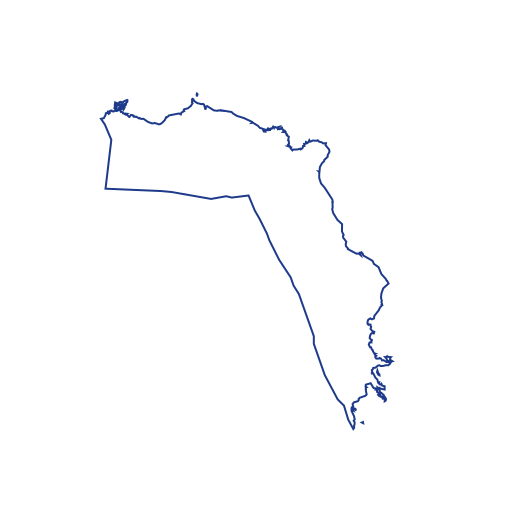 outline of Oriental Mindoro, Mindoro Oriental, Philippines, rotated 336°
{"feature_id": "2640588B63893974857560", "entity_name": "Oriental Mindoro", "entity_type": "district", "adm_level": 2, "iso_a3": "PHL", "parent_name": "Philippines", "parent_adm1": "Mindoro Oriental", "projection": "albers", "projection_center": [121.29, 12.869], "detail": "fine", "context": "isolated", "style": "outline", "palette": "blue", "viewbox_px": 512, "rotation_deg": 336, "n_neighbors": 0, "source": "geoboundaries", "source_scale": "gbopen_adm2", "svg_char_len": 6023}
<svg xmlns="http://www.w3.org/2000/svg" viewBox="0 0 512 512"><g transform="rotate(336 256 256)"><path d="M274.5,453.6L275.8,452.9L276.5,451.0L277.8,449.6L278.5,447.7L278.2,446.3L279.8,445.3L280.4,442.2L280.3,436.4L281.0,434.8L281.5,435.2L281.4,435.8L281.9,436.8L282.0,436.9L281.6,433.7L281.9,433.3L283.1,434.3L282.9,433.5L283.5,433.3L284.0,430.6L285.9,429.5L290.1,430.1L291.4,429.2L291.6,428.3L293.2,427.7L299.0,428.2L300.7,427.6L301.8,423.1L302.6,422.0L303.3,422.0L302.4,421.7L303.0,420.3L303.5,420.5L303.1,419.6L304.0,418.2L309.0,418.9L309.7,424.4L311.4,425.6L310.9,426.6L313.0,426.9L313.5,425.3L314.2,426.4L314.9,426.6L314.2,427.5L314.6,427.9L314.4,428.1L313.7,427.3L312.1,427.8L311.5,428.7L311.3,429.4L312.3,430.5L312.1,431.3L313.3,431.6L313.9,430.9L314.5,428.2L315.3,427.4L319.2,430.3L320.5,427.3L318.5,425.7L318.6,423.7L317.4,424.1L316.7,423.5L316.5,422.4L317.1,421.6L316.2,421.6L316.0,421.4L316.6,418.2L315.6,415.7L315.4,410.9L314.4,410.6L314.7,410.2L314.3,409.8L315.1,408.9L315.4,407.3L316.8,406.9L317.6,405.9L319.7,406.6L322.8,405.7L324.4,406.1L325.1,407.2L327.5,408.2L330.0,408.5L332.3,409.6L334.3,409.1L335.5,408.3L333.4,406.5L332.2,406.1L330.2,403.1L328.7,402.7L328.5,400.7L327.4,399.4L326.5,399.7L324.2,398.7L323.8,397.3L324.1,396.4L325.3,396.1L324.5,394.7L324.4,393.1L324.8,393.2L324.4,392.8L324.1,390.6L324.4,389.7L323.8,388.6L324.0,386.3L323.1,385.8L323.0,382.8L324.6,381.2L326.3,381.9L326.7,380.6L327.5,380.3L327.7,379.8L327.1,379.3L326.4,377.3L327.8,375.2L329.3,373.9L330.6,373.6L332.1,374.7L333.2,373.4L331.7,371.8L331.0,369.1L332.4,367.6L332.2,366.5L332.7,365.3L331.5,364.4L330.1,364.9L330.6,364.5L330.3,363.6L330.9,361.9L332.2,360.2L333.2,359.7L335.0,359.7L334.9,360.5L335.2,359.9L336.1,361.0L338.4,361.0L339.8,358.8L345.9,355.6L348.6,353.3L351.3,352.3L350.9,351.5L351.6,351.1L351.8,349.1L352.7,348.2L353.2,345.0L355.2,341.4L357.9,338.5L358.6,338.5L358.1,338.4L359.0,337.3L365.9,335.1L365.7,332.0L365.3,331.7L365.2,329.6L363.2,323.5L363.4,316.0L360.5,311.2L360.5,307.8L354.2,299.2L354.4,297.2L353.8,295.4L353.3,294.9L353.6,295.3L353.5,295.5L352.3,295.2L352.0,298.0L350.9,295.6L348.7,294.7L342.9,287.3L343.2,287.1L342.2,283.6L342.7,281.8L344.3,279.7L343.1,274.7L343.6,273.1L344.6,272.5L344.5,268.6L347.6,261.9L345.1,256.2L344.0,248.2L344.7,244.1L345.7,243.0L347.5,238.6L348.4,237.7L347.7,238.1L346.9,238.0L348.2,237.6L348.7,235.5L346.6,221.9L344.9,216.1L345.5,210.4L347.9,205.1L347.7,204.5L348.2,204.9L350.6,200.7L354.0,198.1L356.8,197.1L357.5,196.0L361.9,194.5L362.3,193.2L365.5,190.7L366.1,188.4L364.6,183.1L365.8,181.4L363.2,180.5L362.3,178.9L360.2,177.3L359.5,175.4L358.4,175.5L355.1,173.7L352.0,173.6L351.8,171.9L350.1,173.4L348.4,173.8L347.7,173.5L348.3,172.4L348.0,172.1L347.2,173.3L346.4,173.7L345.5,173.2L344.9,175.2L343.7,174.7L342.4,176.4L340.2,176.8L340.0,175.9L337.4,175.6L333.2,173.9L332.2,174.3L331.4,171.8L332.3,171.1L329.7,168.5L331.3,168.8L330.7,167.3L331.9,166.8L332.8,163.8L332.4,163.4L334.5,160.4L333.2,158.2L333.3,157.4L333.7,157.3L333.1,155.6L333.5,154.8L331.2,153.7L333.0,153.0L331.8,151.6L331.9,149.0L331.4,148.9L330.6,150.0L329.0,149.7L328.7,149.1L327.6,149.1L327.7,148.4L329.7,147.4L326.8,147.1L326.4,146.3L325.2,145.7L324.5,146.4L324.2,144.8L322.0,146.2L321.3,145.5L320.5,145.5L320.0,146.6L318.4,146.0L319.3,145.4L318.9,144.3L317.1,145.2L315.9,144.4L316.0,145.0L315.3,146.2L314.8,145.6L314.0,145.7L313.6,144.3L314.6,143.2L311.5,140.3L310.9,138.1L307.4,133.0L306.4,132.7L307.0,132.5L307.0,131.9L301.1,125.1L295.6,120.3L293.1,116.7L292.2,114.5L284.2,109.2L284.3,109.6L280.9,107.7L280.1,107.8L276.8,105.9L272.3,99.2L270.9,99.1L270.1,101.0L269.5,101.0L270.1,96.6L269.5,95.5L268.1,95.2L264.5,92.4L262.5,89.1L262.6,87.5L262.1,86.6L261.5,86.7L260.9,87.6L260.8,88.5L260.0,89.5L260.2,90.6L257.6,92.4L253.7,93.4L250.1,92.7L249.3,93.2L249.4,94.4L246.2,94.7L244.9,96.1L243.7,94.5L233.7,92.2L231.9,92.9L231.0,92.7L230.6,93.1L230.1,92.8L228.2,94.6L224.7,96.1L222.5,96.5L220.9,96.3L217.5,93.2L216.0,93.1L214.3,92.0L211.8,89.5L209.0,84.9L206.9,84.1L205.8,82.6L205.2,82.8L203.1,79.9L202.1,79.8L201.7,79.0L201.0,79.0L200.7,78.1L201.0,77.7L199.9,76.6L198.9,76.3L197.0,77.5L196.4,77.0L195.7,74.2L194.8,74.2L194.8,73.3L195.5,73.3L194.5,72.7L193.9,73.0L193.7,72.9L193.1,71.7L192.6,71.6L192.3,69.8L191.2,69.5L191.2,67.5L193.9,66.9L194.6,67.4L194.6,68.3L196.2,67.1L195.4,65.8L195.7,65.1L197.5,65.5L198.1,64.6L198.6,64.9L199.0,64.4L197.8,64.3L197.6,63.8L201.1,62.9L201.4,61.6L201.9,61.4L201.7,61.0L197.7,61.0L196.7,61.7L195.2,60.2L194.6,60.4L193.9,59.9L192.6,60.5L193.0,62.4L195.4,62.7L195.7,63.4L195.1,63.8L194.4,63.3L194.8,64.3L194.5,64.6L193.9,64.0L193.0,64.1L193.0,63.3L192.6,64.4L193.5,65.2L193.4,65.8L192.1,65.4L192.4,66.2L191.9,66.3L191.0,65.6L190.7,67.0L189.2,66.9L189.9,65.9L189.0,65.9L188.5,64.6L189.8,62.5L188.2,61.5L186.8,63.4L188.5,65.1L187.6,66.8L187.0,66.6L186.7,65.4L184.7,66.1L183.3,65.1L183.3,64.4L182.3,64.1L180.8,64.2L180.7,65.8L179.3,66.2L179.1,64.1L177.9,64.9L176.9,64.5L175.8,66.1L173.0,68.2L170.2,67.6L171.4,74.4L171.1,91.0L145.9,133.3L196.0,158.2L204.9,163.2L238.2,185.6L253.1,189.3L257.7,192.8L273.8,197.7L273.4,214.1L274.4,223.6L275.1,240.1L274.6,247.1L275.6,268.9L279.0,289.7L278.3,298.3L279.7,308.2L276.2,352.8L273.1,359.7L270.4,392.8L272.3,420.2L275.5,428.5L273.7,443.0L274.5,453.6ZM333.9,401.4L332.9,400.9L333.5,402.9L333.3,405.4L335.1,405.9L336.6,407.4L337.8,407.6L336.2,405.2L337.3,403.6L338.1,403.3L335.1,401.5L335.0,400.9L333.9,401.4ZM314.9,432.1L314.0,431.2L313.7,432.1L311.1,432.5L311.5,433.8L312.7,434.0L312.4,434.8L313.5,435.3L313.2,435.9L313.7,436.9L315.0,436.6L316.2,435.3L314.9,432.1ZM189.8,58.4L188.5,60.5L191.2,61.7L192.0,62.9L192.3,62.1L191.6,60.2L189.8,58.4ZM315.7,436.8L314.2,438.1L315.6,438.8L314.5,441.0L315.7,440.8L316.6,439.6L316.4,437.3L315.7,436.8ZM320.3,410.0L319.3,411.3L319.4,414.0L320.3,415.2L320.6,414.3L320.1,412.6L320.3,410.0ZM268.1,83.6L267.5,84.2L266.9,86.2L268.4,84.4L268.1,83.6ZM286.2,451.2L285.0,451.2L285.9,452.3L286.2,451.2ZM284.6,436.0L283.7,435.3L284.6,437.9L284.6,436.0Z" fill="none" stroke="#1e3a8a" stroke-width="2"/></g></svg>